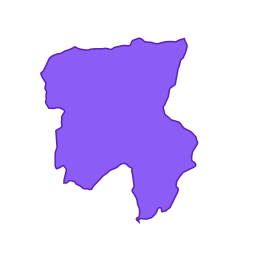 SVG path tracing the border of Uthai Thani, rotated 73°
{"feature_id": "THA-405", "entity_name": "Uthai Thani", "entity_type": "Province", "adm_level": 1, "iso_a3": "THA", "parent_name": "Thailand", "parent_adm1": "", "projection": "robinson", "projection_center": [99.519, 15.359], "detail": "fine", "context": "isolated", "style": "filled", "palette": "violet", "viewbox_px": 256, "rotation_deg": 73, "n_neighbors": 0, "source": "natural_earth", "source_scale": "10m", "svg_char_len": 3866}
<svg xmlns="http://www.w3.org/2000/svg" viewBox="0 0 256 256"><g transform="rotate(73 128 128)"><path d="M143.1,208.7L134.2,206.1L133.6,205.8L130.5,204.8L130.0,204.5L128.0,203.2L126.2,201.6L109.4,197.7L108.1,192.3L107.9,191.7L107.6,191.2L106.9,190.7L106.0,190.4L104.2,190.2L102.4,189.7L101.2,189.1L98.5,188.3L97.7,187.9L97.1,187.5L94.4,184.3L93.9,184.0L93.3,183.7L92.4,183.9L91.8,184.2L91.3,184.6L88.5,187.7L87.7,190.4L87.5,193.4L85.9,197.9L80.5,199.3L78.6,199.1L77.7,198.4L77.3,198.1L76.7,197.8L73.7,197.1L71.2,196.1L70.0,195.4L69.0,195.3L68.0,195.4L66.6,195.8L65.8,195.8L65.1,195.5L62.0,193.7L61.1,193.5L60.3,193.5L59.7,193.7L54.7,195.1L51.8,195.5L50.6,195.4L49.9,195.1L49.7,194.4L49.3,193.5L48.4,192.0L47.8,191.4L38.4,182.8L38.1,182.4L37.8,181.9L37.0,179.4L36.7,178.0L36.5,173.8L36.9,171.5L37.0,170.8L36.9,169.2L36.5,167.8L36.3,167.3L36.1,166.6L35.9,165.8L36.0,163.5L35.8,160.2L34.9,154.9L37.6,152.3L39.2,149.5L40.9,146.0L41.5,144.1L41.9,142.8L41.7,141.3L42.3,137.6L44.9,128.6L45.1,126.7L45.6,125.4L46.2,124.2L47.4,122.5L47.8,121.4L47.9,120.5L47.8,119.8L47.3,118.6L47.2,118.0L47.0,117.3L47.6,109.1L48.1,107.1L49.1,104.7L49.5,103.6L49.6,102.6L49.4,101.9L49.1,101.3L48.8,100.9L46.7,99.4L46.3,99.0L46.0,98.5L45.7,98.0L45.6,97.4L45.3,91.9L45.6,90.7L46.0,89.9L47.8,88.3L50.0,87.1L50.5,86.4L51.2,85.3L52.5,81.7L52.9,80.8L53.3,80.4L54.6,78.4L55.8,76.0L56.1,74.6L56.2,73.5L56.1,72.7L56.5,67.2L56.9,65.0L57.9,61.5L58.5,59.8L59.3,58.0L59.5,57.1L59.5,56.3L59.1,54.9L58.9,52.8L58.9,48.0L61.6,48.0L65.8,47.3L67.2,47.7L68.9,48.5L72.5,50.9L75.4,53.4L76.4,54.1L76.9,54.6L77.2,55.1L77.9,56.9L78.7,57.8L79.4,58.4L84.0,61.1L85.7,62.7L99.0,69.5L100.5,70.6L101.9,75.2L102.1,75.8L102.5,76.3L103.0,76.8L103.6,77.2L108.8,79.8L111.0,81.2L114.1,84.2L115.6,85.2L117.9,87.9L118.6,88.2L119.7,88.5L121.5,88.5L123.2,88.7L125.2,88.7L125.8,88.6L126.9,88.1L129.4,86.3L132.1,84.8L133.0,84.1L133.7,83.1L135.7,79.8L137.1,77.9L137.5,77.5L138.0,77.1L139.1,76.5L142.3,75.6L144.4,74.5L145.4,73.7L149.5,69.4L150.4,68.6L150.9,68.3L156.6,65.7L157.3,65.7L158.0,65.7L159.3,65.9L160.0,65.9L161.9,65.5L163.1,66.1L164.5,67.4L168.8,72.3L170.1,73.5L173.9,75.4L175.8,76.1L177.1,76.3L177.7,76.4L178.3,76.2L178.8,75.9L180.2,74.7L180.7,74.4L182.0,74.0L183.3,74.0L183.7,74.3L184.2,74.8L184.9,77.4L186.4,87.8L186.8,88.6L190.9,94.5L192.6,96.3L193.7,97.3L197.5,99.0L198.2,99.0L198.7,98.8L199.4,98.2L199.9,97.9L200.5,97.8L201.3,97.9L202.3,98.3L203.8,99.3L216.3,111.0L218.2,116.1L218.1,119.7L217.8,120.1L217.1,120.1L215.5,119.8L214.8,119.8L214.2,119.9L213.7,120.3L213.5,120.8L213.5,121.9L213.7,122.5L214.0,123.1L214.4,123.5L216.9,125.4L217.6,126.2L218.5,127.5L220.3,131.0L220.5,131.6L220.6,132.2L220.6,136.2L220.1,138.1L218.4,141.9L218.6,144.9L221.1,145.0L218.3,146.6L217.7,146.6L217.0,146.4L216.7,145.9L216.4,144.4L216.2,143.8L215.8,143.3L215.5,143.0L214.7,142.6L211.1,141.3L208.4,140.7L207.7,140.7L206.2,140.8L204.1,141.1L203.4,141.1L201.5,140.7L200.1,140.5L197.1,140.6L193.1,141.4L190.6,142.3L189.9,142.4L189.3,142.4L188.7,142.2L188.2,141.9L186.6,140.0L186.1,139.6L185.6,139.3L185.0,139.1L173.7,137.2L170.6,137.1L170.0,136.9L168.3,136.1L167.7,136.1L167.1,136.4L166.5,136.9L165.8,137.8L165.2,138.4L164.6,138.8L162.4,140.0L162.0,140.3L161.5,140.8L161.0,141.5L160.5,142.7L160.4,143.9L160.5,145.1L161.0,147.0L162.4,150.0L162.6,151.2L163.1,156.2L163.6,158.8L164.6,160.4L165.1,161.6L165.5,162.9L165.7,163.6L166.6,166.0L173.8,178.6L175.5,180.2L175.9,180.7L175.9,181.5L175.6,182.6L174.3,184.6L173.8,186.4L173.2,187.7L172.6,188.6L169.6,190.5L169.1,190.9L167.1,193.3L166.4,193.9L165.8,194.2L164.4,194.5L163.8,194.8L163.4,195.3L161.6,198.0L161.4,199.0L161.4,200.0L162.1,201.3L162.6,203.1L161.8,205.4L158.4,204.0L152.2,200.3L150.0,199.2L149.1,199.2L148.0,199.4L145.5,200.4L145.1,200.7L145.0,201.0L145.1,201.5L145.8,204.6L146.1,206.6L146.1,208.2L145.1,208.6L143.1,208.7Z" fill="#8b5cf6" stroke="#5b21b6" stroke-width="1.5"/></g></svg>